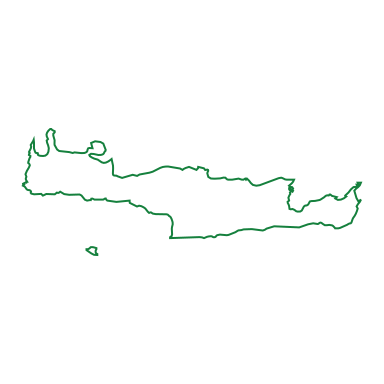 the border of Kriti
{"feature_id": "GRC-2990", "entity_name": "Kriti", "entity_type": "Region", "adm_level": 1, "iso_a3": "GRC", "parent_name": "Greece", "parent_adm1": "", "projection": "robinson", "projection_center": [24.784, 35.251], "detail": "fine", "context": "isolated", "style": "outline", "palette": "green", "viewbox_px": 384, "rotation_deg": 0, "n_neighbors": 0, "source": "natural_earth", "source_scale": "10m", "svg_char_len": 4865}
<svg xmlns="http://www.w3.org/2000/svg" viewBox="0 0 384 384"><path d="M360.9,182.7L359.8,185.3L358.1,187.1L356.1,188.6L354.3,190.7L356.5,198.1L358.4,201.4L361.0,199.6L359.8,201.9L357.9,204.2L356.6,206.4L357.7,208.5L356.9,211.1L355.8,213.8L354.5,216.1L353.2,217.9L352.6,219.1L351.4,222.6L350.7,223.3L349.4,223.5L348.2,224.1L347.1,224.8L340.1,227.9L338.4,228.3L335.1,228.3L334.9,227.9L333.1,226.0L332.2,225.4L329.3,224.9L326.9,225.2L324.8,225.2L322.6,223.8L321.5,222.9L320.5,222.6L319.5,222.9L318.5,223.8L317.6,224.0L313.2,223.3L308.1,224.3L299.2,227.4L274.2,226.3L266.6,228.6L264.8,229.8L262.8,230.5L251.8,229.1L243.6,229.4L241.3,230.1L238.4,230.4L237.3,231.0L235.4,232.2L228.6,234.9L226.8,235.2L219.9,234.6L217.2,235.2L216.5,235.7L215.5,236.9L214.7,237.2L213.4,237.2L212.7,236.9L212.0,236.4L211.0,236.2L208.9,236.4L207.1,236.8L204.0,238.1L202.1,237.4L199.7,237.1L170.1,238.1L170.1,237.2L171.7,236.0L172.1,234.3L171.8,228.8L172.0,227.1L172.7,224.3L172.6,222.2L172.2,220.8L171.5,218.8L170.6,217.1L169.7,216.3L169.1,216.0L168.5,215.3L167.7,214.6L166.4,214.3L155.7,214.1L152.8,213.6L151.0,212.4L150.3,212.4L149.1,212.9L147.8,211.7L145.3,208.5L143.6,207.3L141.4,206.2L139.1,205.7L137.0,206.5L129.8,202.9L129.6,201.5L129.6,200.6L116.4,201.9L107.3,200.6L106.8,200.2L106.2,199.5L105.8,198.8L105.7,198.5L104.9,198.6L104.2,199.0L103.7,199.4L103.1,199.6L94.5,199.6L92.4,198.6L91.3,198.7L90.8,200.1L90.3,200.0L87.1,200.6L84.9,199.7L81.5,195.5L79.6,194.5L69.2,194.8L64.2,194.1L60.2,191.7L59.2,192.5L58.5,192.9L57.8,192.9L56.9,192.6L54.8,194.3L46.3,194.0L42.9,195.6L41.2,193.9L34.1,194.3L31.3,193.6L30.7,192.8L31.0,191.5L30.5,190.7L29.6,190.2L28.0,190.0L27.2,189.7L26.2,188.7L25.5,187.6L24.6,186.5L23.0,185.7L23.9,184.7L23.5,184.6L23.2,184.6L23.1,184.4L23.0,183.8L24.8,182.8L25.5,182.7L26.4,182.7L26.6,182.2L26.5,181.9L27.2,181.8L26.5,180.7L25.9,179.6L25.8,178.4L26.4,176.8L25.5,174.2L26.9,170.9L28.8,167.7L29.8,165.4L29.6,164.5L29.0,163.6L28.4,163.0L28.2,162.9L28.3,162.0L29.5,158.3L30.3,157.0L30.4,155.9L28.9,155.0L29.0,154.1L29.6,153.4L29.7,153.0L29.6,152.7L29.0,152.0L30.8,148.4L31.2,146.7L30.7,145.0L33.1,141.1L33.7,139.7L34.0,142.6L34.0,148.5L34.8,151.0L35.4,152.5L35.9,152.9L36.9,153.0L37.8,153.2L37.9,153.8L37.8,154.5L38.1,155.0L39.1,155.5L40.2,155.8L43.1,156.0L45.4,155.6L47.3,154.1L48.4,151.7L48.8,148.2L48.1,145.3L47.1,142.7L46.7,140.5L48.0,139.1L46.8,136.5L46.5,134.5L47.1,132.6L48.4,130.7L50.2,129.0L51.2,129.0L52.4,130.1L54.7,131.2L54.7,132.3L53.3,133.8L53.3,135.6L54.6,140.2L54.5,143.9L54.6,145.0L57.1,149.5L59.2,151.0L69.3,152.1L72.7,153.0L74.5,152.4L81.3,153.1L84.3,153.0L85.5,152.6L86.6,152.0L87.3,151.0L87.6,149.5L88.2,148.3L89.4,148.0L92.5,148.2L91.1,143.0L95.1,141.3L100.5,142.0L103.3,143.6L105.7,149.9L105.4,151.0L104.8,151.4L103.8,153.4L103.2,154.1L102.1,154.6L100.9,154.9L98.4,155.0L93.7,154.0L91.0,153.8L89.3,155.0L89.9,156.2L91.9,157.5L94.2,158.6L97.7,159.6L101.7,162.3L103.7,162.9L105.8,162.6L108.0,161.6L110.0,160.3L111.6,159.0L113.0,165.6L113.1,168.4L112.9,173.5L113.1,174.8L114.0,175.5L116.5,175.7L117.6,176.3L122.1,177.9L132.7,174.8L137.1,175.9L139.6,174.5L149.4,172.7L152.7,171.7L160.2,167.9L162.7,167.0L165.3,166.6L168.0,166.5L180.0,168.5L182.5,169.9L183.6,169.0L185.6,168.0L189.0,166.9L196.5,169.9L197.2,169.0L197.7,168.6L198.0,168.2L198.2,166.9L203.9,168.3L205.2,170.0L207.3,169.6L208.0,169.9L208.2,170.8L207.9,171.6L207.5,172.4L207.3,173.3L208.3,176.9L210.9,178.5L214.5,178.7L220.1,178.4L223.5,177.6L225.4,177.7L225.8,178.1L226.4,178.8L227.2,179.4L228.3,179.7L232.0,179.7L238.6,178.6L241.6,179.6L243.4,179.7L245.2,178.6L246.0,179.7L246.9,178.6L249.1,180.7L250.8,183.0L252.9,184.9L256.3,185.7L259.7,185.2L278.6,178.2L281.2,177.7L282.5,178.1L285.1,179.4L286.9,179.7L294.0,179.7L293.1,181.7L291.8,183.3L289.0,185.7L289.9,186.6L289.2,187.9L289.1,189.1L289.6,190.0L290.7,190.7L290.6,188.1L291.2,187.0L292.2,187.2L293.1,188.6L292.5,189.6L292.5,190.1L293.1,190.7L292.5,191.7L291.8,191.2L291.4,191.1L290.9,191.5L289.9,192.6L290.3,193.9L289.3,195.5L288.4,197.7L289.1,200.6L287.6,201.8L287.8,203.1L288.6,204.5L289.1,206.0L289.5,208.9L290.8,209.3L292.5,209.0L294.5,209.9L296.1,211.2L297.6,211.6L300.3,211.5L301.8,210.5L303.9,206.5L305.3,205.5L306.3,205.5L307.0,205.3L308.2,204.5L309.6,201.9L309.8,201.5L311.2,201.1L315.1,200.9L319.6,200.0L320.5,199.6L324.2,197.2L325.3,196.2L326.2,195.6L327.4,195.3L328.2,195.5L328.9,195.4L329.5,194.5L330.3,194.5L332.0,195.9L336.7,197.1L335.3,198.5L337.9,199.9L340.9,199.6L343.9,198.3L346.1,196.6L345.4,196.3L345.4,196.1L345.2,195.6L348.5,192.5L350.9,189.4L353.5,187.1L357.6,186.6L356.7,184.7L358.0,184.8L358.4,184.7L358.2,184.2L357.8,183.2L357.6,182.7L360.9,182.7ZM96.4,249.2L95.7,250.5L95.6,252.0L96.1,253.3L97.3,254.0L97.3,255.0L94.0,254.8L91.3,253.4L86.5,250.1L86.5,249.2L87.9,249.2L89.0,248.7L89.9,248.0L90.7,247.2L92.2,247.1L93.6,247.3L96.4,248.1L96.4,249.2Z" fill="none" stroke="#15803d" stroke-width="2"/></svg>